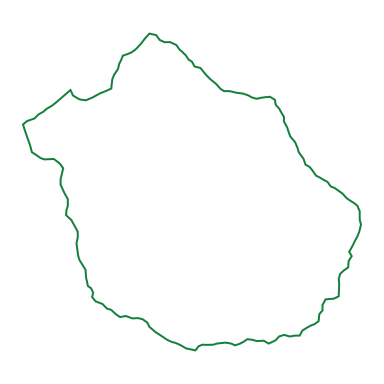 outline of Piratininga, São Paulo, Brazil
{"feature_id": "56859067B94556875312547", "entity_name": "Piratininga", "entity_type": "district", "adm_level": 2, "iso_a3": "BRA", "parent_name": "Brazil", "parent_adm1": "São Paulo", "projection": "orthographic", "projection_center": [-49.192, -22.416], "detail": "fine", "context": "isolated", "style": "outline", "palette": "green", "viewbox_px": 384, "rotation_deg": 0, "n_neighbors": 0, "source": "geoboundaries", "source_scale": "gbopen_adm2", "svg_char_len": 2285}
<svg xmlns="http://www.w3.org/2000/svg" viewBox="0 0 384 384"><path d="M342.1,193.2L338.2,190.6L334.9,188.1L330.8,186.5L327.5,181.9L323.5,179.8L319.9,177.6L316.0,175.6L312.1,170.0L309.5,166.8L305.5,164.7L303.5,158.8L298.7,152.1L297.5,147.8L295.1,142.2L290.2,136.3L288.5,131.6L287.1,127.3L283.9,121.4L284.0,117.1L281.7,113.1L279.1,108.5L275.7,104.7L274.9,99.8L270.0,96.8L265.3,97.2L261.0,97.8L256.5,98.8L251.8,97.4L248.3,95.4L243.1,93.6L236.3,92.7L229.5,91.1L224.0,91.1L220.3,88.7L216.2,84.0L210.2,79.1L205.7,74.5L200.4,68.0L194.6,66.5L191.9,61.6L188.6,59.6L185.7,55.2L182.7,52.3L179.4,49.4L176.3,45.0L170.1,42.1L164.6,42.2L159.6,39.9L156.2,35.1L149.4,33.6L145.0,38.5L140.8,43.9L137.8,47.2L134.9,50.0L130.9,52.7L126.9,54.3L122.8,55.7L121.2,59.9L119.2,63.9L118.0,68.9L114.2,74.7L112.4,79.0L111.7,84.3L111.3,88.6L105.0,91.4L100.0,93.4L91.9,97.8L85.9,100.3L79.5,99.4L73.1,95.6L70.5,90.1L65.9,94.0L56.3,102.3L51.8,105.8L46.5,108.9L43.4,111.7L38.4,114.5L34.6,118.4L31.0,119.7L27.1,121.0L23.0,124.5L24.7,129.9L27.5,138.0L30.0,145.0L31.9,152.2L36.7,155.3L40.5,158.0L44.2,159.4L48.0,159.2L53.9,159.0L59.8,163.6L63.2,168.3L60.6,179.2L60.6,184.7L64.2,192.6L67.8,199.1L67.8,206.1L66.5,209.9L66.1,215.2L71.4,220.1L74.3,225.4L77.7,231.6L77.8,237.1L76.5,243.2L77.3,249.4L78.2,255.8L79.6,260.3L82.7,265.2L85.6,270.0L86.0,277.0L87.9,286.0L91.1,288.3L93.2,292.7L92.1,297.1L95.7,301.4L102.5,304.0L106.9,308.6L111.1,309.8L116.0,314.3L120.1,317.1L125.8,316.0L132.4,318.4L137.9,318.1L142.6,319.2L147.3,322.6L149.4,326.9L155.7,332.2L161.7,336.1L167.1,339.8L171.6,341.9L175.5,342.9L180.1,344.9L186.1,348.4L195.4,350.4L198.7,346.2L202.4,344.7L207.1,344.9L213.2,344.7L217.4,343.5L225.6,342.6L231.2,343.6L235.1,345.3L239.7,343.8L243.5,341.8L247.3,339.2L252.4,339.8L257.0,341.1L263.8,340.7L268.7,343.6L275.5,340.4L279.2,336.4L284.3,334.9L289.6,336.5L295.1,335.6L299.7,335.6L302.4,330.5L307.5,327.4L311.1,325.4L314.7,324.1L318.6,321.1L319.4,314.0L322.5,310.5L322.5,305.1L325.5,299.4L329.7,299.0L333.8,298.7L338.7,296.3L339.2,285.2L338.8,278.7L340.1,274.0L343.5,270.7L348.2,267.4L348.6,261.1L351.7,256.1L349.2,251.8L352.9,245.2L355.2,240.3L357.4,236.5L359.3,231.5L361.0,224.7L359.7,219.6L359.7,211.2L357.3,205.7L354.0,203.0L349.9,200.5L346.6,198.1L342.1,193.2Z" fill="none" stroke="#15803d" stroke-width="2"/></svg>